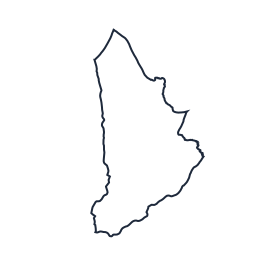 Paktha, Bokeo, Laos, rotated 342°
{"feature_id": "54806243B15398508442736", "entity_name": "Paktha", "entity_type": "district", "adm_level": 2, "iso_a3": "LAO", "parent_name": "Laos", "parent_adm1": "Bokeo", "projection": "robinson", "projection_center": [100.681, 19.997], "detail": "fine", "context": "isolated", "style": "outline", "palette": "slate", "viewbox_px": 256, "rotation_deg": 342, "n_neighbors": 0, "source": "geoboundaries", "source_scale": "gbopen_adm2", "svg_char_len": 5622}
<svg xmlns="http://www.w3.org/2000/svg" viewBox="0 0 256 256"><g transform="rotate(342 128 128)"><path d="M117.2,52.8L117.0,59.5L116.6,62.1L115.6,64.5L115.8,65.8L115.2,68.2L115.3,72.2L114.9,73.5L114.6,76.1L114.5,79.5L114.4,83.9L114.2,84.3L113.2,85.5L112.3,86.9L111.5,88.6L111.2,89.9L111.0,92.7L110.6,95.7L109.7,100.1L109.0,102.8L108.7,105.3L108.5,106.4L107.7,107.8L107.5,108.0L107.3,108.5L107.1,109.3L107.3,110.7L107.8,111.9L107.9,112.3L107.8,113.1L106.8,114.0L105.4,115.0L104.5,116.2L104.1,117.2L104.0,118.0L104.6,120.5L104.6,120.9L104.0,124.1L103.6,125.3L102.9,126.6L102.2,128.5L102.1,129.9L101.1,131.6L99.7,135.6L99.7,137.3L98.9,139.9L98.5,141.1L98.0,143.9L97.5,145.1L95.1,150.7L94.6,152.1L94.5,153.4L94.7,154.4L96.4,157.2L96.4,160.4L96.2,162.5L95.7,163.7L93.8,166.2L95.8,168.5L93.5,171.4L93.1,174.0L89.0,176.8L88.9,177.1L88.9,181.6L88.6,183.1L87.4,184.4L86.2,184.7L85.0,184.7L83.9,185.1L82.9,185.9L81.0,187.6L78.9,188.7L77.7,188.7L75.4,188.0L74.3,188.4L69.9,192.3L69.2,193.4L66.8,197.6L67.4,198.7L68.0,199.7L68.8,200.7L69.5,201.7L67.7,203.2L67.6,205.7L67.4,207.0L66.9,208.1L66.3,209.2L66.9,210.1L66.3,213.4L65.6,216.0L64.8,217.0L66.2,217.8L67.2,217.9L68.7,217.8L69.6,217.8L71.0,218.4L72.5,219.3L74.5,220.1L75.7,221.1L76.5,222.3L76.9,224.0L77.2,225.0L77.7,225.4L78.9,225.9L79.7,225.7L80.7,225.0L81.7,225.0L83.1,225.5L84.6,225.9L85.9,225.8L87.3,225.5L89.4,223.7L90.3,222.6L91.7,221.7L93.0,221.3L95.3,221.0L96.7,221.1L97.4,221.0L98.9,220.5L100.2,219.9L102.2,218.9L103.4,218.4L104.6,218.2L105.9,218.2L107.1,218.5L108.5,219.4L109.0,219.6L110.2,219.8L111.4,219.7L113.5,219.3L115.7,218.3L116.9,218.0L118.7,217.7L119.2,217.4L119.7,216.6L119.9,215.3L119.6,213.7L122.3,210.7L123.1,209.1L126.6,208.3L127.0,208.4L127.6,208.7L129.0,209.2L129.5,209.3L130.4,209.2L130.8,209.1L131.5,209.0L132.1,208.8L133.0,208.2L134.7,207.5L136.1,207.1L136.6,207.1L137.7,206.9L139.3,206.4L140.5,205.9L141.3,205.5L142.9,204.8L143.6,204.7L144.0,204.5L144.4,204.5L145.5,204.7L146.0,204.9L146.5,205.2L146.8,205.4L147.5,206.0L148.3,206.4L149.2,206.5L151.1,206.4L152.5,206.4L153.5,206.3L154.9,205.8L155.9,205.4L157.6,204.3L158.6,203.6L160.0,202.2L160.5,201.8L161.1,200.9L161.9,200.2L162.3,200.0L162.7,199.9L163.3,199.9L165.8,198.5L166.2,198.3L167.8,197.2L168.1,196.8L169.0,196.0L170.8,194.1L172.7,191.1L173.6,190.3L174.5,189.2L175.6,188.0L177.7,186.3L178.1,186.1L178.6,185.8L179.4,185.6L180.2,185.6L182.2,184.9L183.1,184.5L183.8,183.9L184.4,183.6L185.1,183.0L185.5,182.6L186.2,182.2L187.4,181.4L189.5,179.6L190.2,179.1L191.0,178.5L190.8,178.3L190.5,178.1L190.3,177.9L190.2,177.6L190.2,177.4L190.4,177.6L190.5,177.6L190.6,177.1L190.9,176.8L191.0,176.6L191.0,176.2L190.7,175.8L190.7,175.7L191.0,175.4L191.2,175.1L191.2,174.8L191.1,174.7L190.3,174.7L190.1,174.6L190.0,173.9L189.7,173.5L189.7,173.3L189.4,173.1L189.3,172.9L189.2,172.8L189.2,172.6L189.0,172.3L189.0,172.2L189.7,171.9L189.8,171.9L190.0,171.6L190.0,171.4L189.9,171.3L189.7,171.3L189.2,171.2L189.1,170.8L189.1,170.5L188.2,169.6L188.0,169.3L187.9,168.6L187.6,168.3L187.5,168.1L187.6,167.9L187.9,167.5L188.3,167.4L188.7,167.2L188.8,167.0L189.0,166.7L189.4,166.6L189.5,166.5L189.6,166.4L189.7,166.2L189.1,165.6L189.0,165.4L189.1,165.2L189.5,164.9L189.5,164.7L189.3,164.3L189.3,164.2L189.5,164.0L189.8,163.9L189.5,163.6L189.4,163.5L189.4,163.4L190.0,162.6L189.9,162.5L189.6,162.2L189.4,162.1L189.2,162.1L189.1,162.3L188.9,162.2L188.6,161.9L188.7,161.6L188.7,161.4L187.9,161.0L187.6,160.7L187.2,160.5L186.8,160.2L186.0,159.8L185.8,159.7L185.6,159.4L185.4,159.1L184.8,159.0L184.2,159.0L183.6,158.5L182.6,158.4L182.1,158.3L181.2,158.2L179.9,157.7L179.2,157.0L178.9,156.9L178.6,157.0L178.4,156.8L178.4,156.2L178.4,155.9L178.6,155.4L178.5,155.1L178.4,154.8L178.1,154.5L177.9,154.2L177.8,153.7L177.5,153.1L177.3,152.5L177.3,151.7L177.2,151.5L176.9,151.3L176.3,151.1L176.0,150.8L174.1,150.0L173.9,149.2L174.1,148.0L174.6,147.1L176.2,145.4L177.9,144.0L179.2,142.8L182.7,138.9L183.5,137.3L184.8,135.6L186.9,133.1L188.0,131.5L188.5,131.1L188.9,130.7L189.1,130.6L189.3,130.5L186.3,130.3L183.6,129.7L180.6,128.9L178.7,128.0L177.2,127.0L176.3,125.9L176.2,125.6L176.2,125.3L176.3,123.8L176.3,123.4L176.5,123.0L176.6,122.8L176.6,122.3L176.5,122.1L176.1,121.6L175.7,121.2L174.8,119.3L174.2,118.7L173.5,118.1L173.2,117.6L172.7,116.6L172.3,116.5L172.1,116.3L172.1,115.8L171.9,114.9L171.8,114.7L171.7,114.1L171.5,112.7L171.7,111.8L171.8,111.2L171.7,110.6L171.6,110.0L171.5,109.6L171.4,109.3L171.6,108.7L171.8,108.4L171.7,107.8L171.7,107.4L171.4,106.7L171.7,105.9L172.2,105.6L172.9,104.2L173.1,103.4L173.5,102.7L173.9,102.0L174.3,101.5L174.5,101.0L174.7,100.9L175.8,100.1L176.0,99.8L175.9,99.2L176.2,98.5L176.0,98.4L175.9,98.1L175.8,97.9L175.8,97.6L175.9,97.4L176.8,96.5L177.0,96.3L177.4,95.7L177.6,94.9L177.7,94.5L177.7,94.1L177.7,93.3L177.5,92.5L177.3,92.2L177.1,91.9L176.5,91.3L176.0,91.0L175.7,91.0L175.4,91.0L175.0,91.3L174.4,91.2L173.7,91.1L173.2,90.6L172.9,90.2L172.7,90.1L172.3,90.2L172.2,90.2L171.9,90.0L171.8,89.5L171.6,89.3L170.8,89.1L170.4,88.8L169.4,88.7L169.2,89.0L169.0,89.5L168.9,90.2L168.8,90.5L168.6,90.7L168.4,90.8L167.7,91.0L167.2,90.9L166.9,90.8L166.1,90.1L165.8,89.7L165.4,89.4L165.0,89.2L164.7,89.3L161.9,86.1L160.3,82.6L159.9,80.0L159.7,77.7L159.4,75.8L158.5,72.1L157.9,69.3L157.7,66.8L157.1,63.4L156.4,60.6L155.9,57.7L155.5,55.4L155.1,51.0L155.0,48.6L154.3,44.9L153.4,42.4L152.9,41.4L151.9,40.1L150.9,38.9L149.7,37.1L147.7,34.3L146.8,32.7L145.6,31.5L145.0,30.4L144.7,30.1L143.7,31.4L143.1,32.1L142.2,33.1L140.9,34.9L138.9,37.2L134.7,41.2L130.7,44.8L127.9,46.9L125.5,48.4L124.2,49.4L121.5,50.9L119.6,51.8L118.6,52.3L117.5,52.9L117.2,52.8Z" fill="none" stroke="#1e293b" stroke-width="2"/></g></svg>